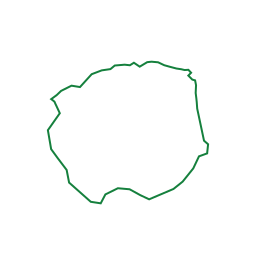 Has, Kukës, Albania, rotated 304°
{"feature_id": "67620474B51228836218093", "entity_name": "Has", "entity_type": "district", "adm_level": 2, "iso_a3": "ALB", "parent_name": "Albania", "parent_adm1": "Kukës", "projection": "equal_earth", "projection_center": [20.413, 42.193], "detail": "fine", "context": "isolated", "style": "outline", "palette": "green", "viewbox_px": 256, "rotation_deg": 304, "n_neighbors": 0, "source": "geoboundaries", "source_scale": "gbopen_adm2", "svg_char_len": 827}
<svg xmlns="http://www.w3.org/2000/svg" viewBox="0 0 256 256"><g transform="rotate(304 128 128)"><path d="M50.3,147.5L60.3,146.4L72.4,153.3L78.1,163.6L79.2,175.7L80.7,185.4L102.9,199.8L114.1,203.3L131.0,204.7L144.2,202.7L151.2,207.8L159.3,203.5L160.0,198.1L182.8,174.5L187.9,170.5L191.0,167.9L194.9,164.5L201.5,160.5L205.0,157.0L204.1,154.2L205.2,148.7L209.1,149.4L210.0,145.5L207.7,142.5L206.5,139.3L204.4,134.9L202.1,128.3L200.3,122.9L199.3,116.2L196.1,110.4L193.3,107.1L185.4,103.4L185.4,96.4L181.1,94.5L178.6,89.8L172.4,82.1L167.0,80.5L161.1,74.0L152.3,67.8L135.1,65.3L131.5,57.5L121.4,51.8L115.5,50.5L109.0,48.2L108.9,50.2L108.7,52.3L107.0,55.0L106.7,55.6L105.9,56.9L104.4,59.4L102.1,63.2L81.4,62.8L67.5,76.1L63.7,86.6L58.9,100.6L49.8,109.7L46.0,138.4L50.3,147.5Z" fill="none" stroke="#15803d" stroke-width="2"/></g></svg>